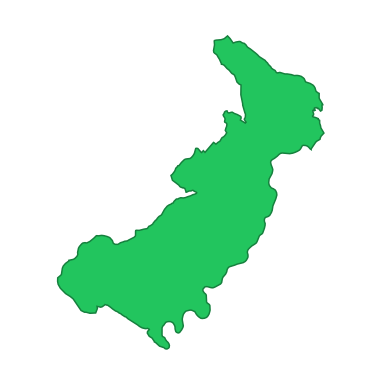 outline of Criciova, Timis, Romania, rotated 275°
{"feature_id": "2599482B5621760837960", "entity_name": "Criciova", "entity_type": "district", "adm_level": 2, "iso_a3": "ROU", "parent_name": "Romania", "parent_adm1": "Timis", "projection": "natural_earth1", "projection_center": [22.079, 45.641], "detail": "fine", "context": "isolated", "style": "filled", "palette": "green", "viewbox_px": 384, "rotation_deg": 275, "n_neighbors": 0, "source": "geoboundaries", "source_scale": "gbopen_adm2", "svg_char_len": 6014}
<svg xmlns="http://www.w3.org/2000/svg" viewBox="0 0 384 384"><g transform="rotate(275 192 192)"><path d="M244.7,307.0L245.2,306.9L252.4,310.9L253.6,312.0L255.6,314.9L257.1,315.1L258.8,315.7L262.2,318.3L267.1,314.8L269.4,314.2L271.6,313.2L274.5,312.9L275.4,311.3L276.1,311.4L276.9,308.8L277.4,306.3L277.6,305.7L278.0,305.5L278.3,305.5L279.4,306.4L280.7,306.3L282.3,305.5L283.8,305.3L284.3,305.9L284.1,306.4L283.7,306.7L284.2,307.6L285.4,306.8L286.0,306.5L286.4,306.7L286.6,307.1L286.6,308.1L286.9,308.3L286.7,308.8L286.9,309.1L286.0,310.1L286.3,310.7L283.8,313.0L284.0,313.4L284.4,313.6L285.0,314.4L286.3,314.2L286.9,314.4L289.9,313.9L290.3,314.1L290.3,314.7L290.5,314.7L296.1,310.7L297.3,310.4L301.3,310.1L301.6,309.2L302.9,307.1L303.5,306.6L306.4,305.5L307.8,304.5L308.9,303.4L310.4,300.4L311.5,295.8L312.2,295.2L314.5,294.0L315.3,293.1L316.7,290.8L317.2,288.3L317.3,286.5L316.9,283.7L317.6,280.8L317.9,276.6L317.7,274.3L318.8,269.1L318.1,267.0L318.3,265.7L320.3,264.2L321.5,261.6L322.4,260.3L323.7,259.5L325.7,257.0L327.0,256.1L328.6,254.1L329.4,253.5L332.7,247.2L334.5,245.2L336.0,243.1L339.6,237.6L341.0,234.9L341.7,234.1L343.2,233.0L344.6,231.2L344.8,229.7L345.1,228.7L346.0,227.2L346.1,226.0L345.2,222.6L344.0,220.0L348.1,216.6L350.6,213.8L347.9,211.1L347.3,210.3L346.2,207.6L345.4,202.8L344.8,201.1L344.2,201.0L340.5,201.6L334.7,201.1L333.0,201.6L332.2,202.5L331.0,204.5L330.4,205.1L328.7,206.2L326.6,207.8L322.6,210.0L321.8,210.2L321.8,211.1L321.3,212.6L320.5,213.6L318.1,216.1L316.5,218.5L314.0,220.9L313.2,222.0L313.0,222.8L312.2,224.0L310.5,225.0L305.5,227.2L303.6,229.5L302.9,231.5L293.1,232.2L284.3,234.8L283.0,234.9L275.5,237.8L274.1,238.5L271.6,238.6L270.5,238.4L269.4,237.8L268.8,237.8L266.3,239.8L265.3,239.1L267.9,233.9L270.0,234.5L271.2,234.2L271.7,233.6L273.1,230.4L273.9,227.4L275.0,225.2L274.8,224.0L274.1,222.4L274.0,221.4L274.3,220.7L275.9,219.8L275.4,218.3L274.4,217.4L273.2,217.2L271.6,216.3L270.7,216.6L268.6,218.2L267.6,218.6L265.2,218.3L264.5,218.5L263.7,220.1L263.4,220.5L262.2,220.9L260.1,220.7L258.6,220.2L256.3,219.8L254.0,221.4L251.6,220.2L249.8,218.8L248.9,217.4L248.3,216.9L245.4,215.6L244.9,215.2L243.5,213.3L242.2,212.2L241.8,211.6L243.3,209.2L243.1,209.0L232.6,201.5L234.2,199.7L232.1,198.1L232.1,197.9L235.8,194.1L236.0,193.0L235.7,191.9L230.7,191.0L228.4,189.9L226.3,188.4L225.2,187.1L224.5,183.8L224.1,182.4L223.4,181.4L220.4,178.8L217.2,176.8L216.9,175.6L215.4,174.8L214.2,173.7L212.9,173.5L211.2,172.9L207.8,170.8L206.7,169.6L202.0,171.5L197.7,178.3L196.5,179.3L196.0,180.0L195.3,182.4L195.6,182.7L195.5,183.2L195.0,183.9L194.9,184.6L192.5,185.7L191.3,186.1L191.4,186.7L192.7,188.9L193.0,191.0L193.7,192.2L193.7,192.7L193.7,193.1L192.9,194.2L192.3,196.0L191.9,196.6L191.6,196.8L190.9,196.4L189.7,194.2L189.6,193.4L188.1,191.0L186.8,187.8L186.0,186.3L185.3,184.0L185.3,181.3L184.6,179.6L183.8,178.6L183.8,177.6L183.5,176.9L181.1,174.9L179.4,174.2L179.0,173.1L177.9,171.9L177.2,170.4L175.7,168.5L172.4,166.2L166.5,163.6L164.7,161.2L163.8,160.5L162.6,159.6L161.4,159.1L160.5,158.0L157.7,156.1L156.7,155.7L156.1,155.1L154.7,153.3L154.0,151.9L152.5,151.2L151.6,150.4L150.8,147.3L149.2,142.9L149.0,139.7L148.7,139.3L148.1,139.2L144.0,139.5L143.0,139.3L141.8,138.2L138.5,132.9L137.7,132.0L137.0,129.0L136.4,128.0L135.2,125.1L133.4,122.9L133.2,120.4L133.3,119.5L134.2,118.0L136.7,116.9L139.2,114.3L139.6,113.5L140.3,111.2L140.8,108.2L140.9,106.3L140.8,105.2L140.2,102.8L140.2,100.9L140.1,100.5L137.3,98.1L133.8,94.5L132.2,91.8L132.0,90.7L132.2,90.2L132.2,89.7L131.8,88.2L131.5,87.4L130.4,86.4L127.9,84.6L126.1,83.8L121.8,83.3L119.8,83.7L117.9,83.0L115.7,81.2L114.6,79.8L113.2,75.3L112.7,75.5L109.8,72.2L107.0,70.2L104.8,69.5L98.5,69.1L97.5,68.4L94.8,65.7L91.3,65.9L88.4,66.7L84.6,69.3L79.8,74.9L77.3,79.8L75.2,82.9L64.3,91.8L62.9,95.3L63.0,97.0L62.3,100.9L63.1,106.6L67.7,107.9L69.8,107.4L69.3,111.1L69.9,112.6L71.8,114.8L72.3,115.1L71.9,117.0L71.9,117.8L70.1,120.9L68.5,123.2L66.8,126.2L66.2,128.3L65.3,129.5L64.4,131.9L63.8,132.6L62.0,135.9L61.8,137.1L60.1,139.3L54.9,149.3L53.5,151.4L52.3,154.2L51.8,157.5L52.1,159.1L52.3,159.6L51.7,161.2L51.3,161.5L49.5,160.1L48.9,159.8L47.5,159.8L44.5,162.0L43.2,164.6L42.8,165.1L40.0,167.4L39.4,167.5L38.9,168.8L35.6,173.1L34.5,177.7L33.5,179.0L33.4,180.7L34.4,182.2L35.0,182.7L37.1,182.9L38.8,182.2L40.1,181.2L41.1,179.9L42.6,178.6L44.6,177.4L45.2,175.9L45.8,175.0L47.0,174.6L54.2,174.0L56.0,174.7L57.0,175.6L58.4,176.3L60.0,177.4L60.6,178.7L60.9,180.1L61.0,181.8L60.7,183.0L60.0,184.4L58.3,185.8L56.4,186.8L54.1,187.1L51.8,187.9L51.0,188.6L50.7,189.3L50.4,190.4L50.5,191.0L51.0,191.9L53.8,193.7L56.2,194.7L57.9,195.0L63.6,193.5L65.3,193.4L68.2,193.8L69.9,194.3L71.7,195.4L72.9,196.5L74.2,200.3L74.2,201.9L73.7,203.5L73.0,205.3L70.3,207.2L68.8,208.8L67.9,210.1L67.0,211.8L66.9,213.3L67.4,215.6L68.4,217.5L69.8,218.6L71.9,219.6L74.4,220.1L75.9,220.3L80.4,219.7L81.4,219.1L82.9,216.7L83.7,216.1L90.5,215.2L91.5,214.5L92.5,213.1L93.8,212.0L95.1,211.3L96.2,211.4L98.6,213.1L99.0,214.5L99.0,216.0L98.4,218.9L98.3,220.5L98.6,221.8L99.6,223.6L102.8,228.4L104.3,229.4L108.5,229.8L109.9,230.3L113.1,232.6L115.4,233.5L117.9,233.8L119.3,234.4L120.7,235.6L122.9,241.0L124.1,243.3L126.1,249.2L127.5,251.1L128.8,252.1L131.5,253.3L132.9,253.4L134.4,253.2L136.6,252.4L137.7,252.4L139.3,252.8L140.9,253.9L143.4,256.2L145.7,259.2L147.0,260.6L148.8,261.3L154.1,262.9L155.3,263.9L156.2,265.2L157.3,266.0L162.2,267.3L165.1,267.7L167.1,267.6L168.7,266.8L170.3,266.5L172.1,266.7L173.2,267.6L174.2,269.9L175.4,271.4L178.5,272.9L180.8,273.5L185.2,273.8L192.6,276.1L196.4,276.8L198.7,276.3L201.1,274.9L202.3,272.8L203.0,270.6L204.9,268.8L206.1,268.1L208.0,267.6L211.7,267.7L217.3,270.1L220.1,270.5L221.5,270.5L223.3,269.8L225.9,268.5L228.0,267.8L229.4,267.8L230.4,268.4L231.3,269.2L232.7,271.2L235.2,273.9L237.0,275.4L238.2,276.8L238.7,278.4L238.7,286.0L239.5,289.0L240.5,291.2L241.7,293.4L243.2,295.5L244.5,296.4L247.6,297.8L248.2,298.6L248.2,301.4L247.7,303.1L246.6,304.6L245.2,306.0L244.7,307.0Z" fill="#22c55e" stroke="#15803d" stroke-width="1.5"/></g></svg>